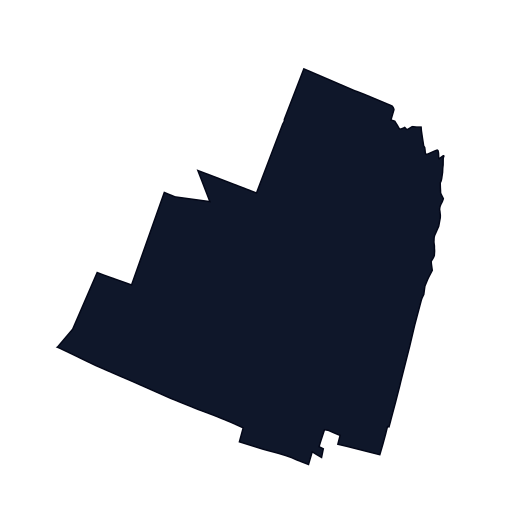 Draghiceni, Olt, Romania (Natural Earth projection), rotated 282°
{"feature_id": "2599482B25655754633990", "entity_name": "Draghiceni", "entity_type": "district", "adm_level": 2, "iso_a3": "ROU", "parent_name": "Romania", "parent_adm1": "Olt", "projection": "natural_earth1", "projection_center": [24.263, 44.139], "detail": "fine", "context": "isolated", "style": "filled", "palette": "ink", "viewbox_px": 512, "rotation_deg": 282, "n_neighbors": 0, "source": "geoboundaries", "source_scale": "gbopen_adm2", "svg_char_len": 2401}
<svg xmlns="http://www.w3.org/2000/svg" viewBox="0 0 512 512"><g transform="rotate(282 256 256)"><path d="M308.6,426.8L310.9,426.4L312.8,426.4L314.1,426.6L315.3,426.9L318.7,427.6L323.0,428.5L324.5,428.5L326.9,428.4L331.0,428.3L332.3,428.2L334.3,427.8L335.7,427.3L337.6,426.7L339.7,425.9L340.5,425.8L342.2,425.7L343.4,425.8L345.0,426.1L347.9,426.9L350.0,427.2L350.8,427.3L351.1,427.3L352.8,425.9L355.2,424.0L356.2,423.4L358.3,422.9L360.5,422.3L363.3,421.6L365.9,421.0L367.6,421.4L368.7,421.5L370.5,421.5L376.6,421.1L380.8,420.4L383.9,420.1L389.9,418.9L391.2,418.8L392.0,418.9L392.7,419.0L393.1,418.7L393.0,418.3L389.2,414.9L389.7,414.4L391.6,413.9L394.0,413.3L395.2,412.9L396.9,412.1L397.3,411.2L395.9,409.0L391.4,402.8L390.8,401.6L391.0,400.9L392.2,400.1L395.1,399.2L397.1,398.5L398.7,397.0L399.9,396.6L406.5,394.1L413.0,391.7L416.4,390.7L416.1,389.1L415.5,386.3L415.1,382.4L415.0,381.9L413.5,380.3L411.5,378.2L411.2,377.5L411.2,376.8L412.2,375.5L412.7,374.7L412.0,373.9L410.4,371.5L410.1,370.3L410.3,369.7L411.8,368.3L413.2,367.1L414.8,365.5L416.7,363.7L417.1,359.7L427.7,360.5L428.3,360.3L429.8,359.3L431.0,357.9L436.7,328.0L437.9,320.6L438.1,318.7L438.3,317.5L449.0,263.9L395.4,255.3L394.9,255.5L393.6,255.6L390.5,254.7L317.8,243.4L317.9,242.2L324.0,204.0L327.5,181.4L319.4,186.7L299.6,199.6L297.0,164.5L297.9,159.8L297.9,159.4L299.1,153.1L249.8,146.6L201.8,140.3L205.7,110.9L206.8,104.1L146.3,91.9L130.5,83.4L125.8,80.9L125.5,80.6L125.1,82.8L123.5,89.5L121.6,97.4L119.3,106.6L117.7,113.1L115.5,122.2L112.7,135.9L109.8,150.2L108.4,157.5L99.0,202.2L93.9,231.1L91.4,248.0L88.1,266.3L85.4,278.6L85.2,279.2L70.8,278.4L68.5,302.8L68.2,307.9L67.9,314.2L67.6,319.5L67.0,326.4L66.2,332.8L65.0,338.3L63.0,350.7L64.5,350.8L76.2,351.7L74.5,356.3L72.6,362.0L81.4,361.9L82.6,357.3L87.3,357.7L100.3,359.1L100.4,360.5L100.5,363.1L99.4,368.3L98.4,373.4L98.2,374.6L98.1,375.6L88.9,375.2L88.7,384.5L87.9,404.9L87.4,418.4L98.0,419.2L103.4,419.5L108.7,419.8L115.1,420.0L116.5,420.1L116.5,420.9L116.5,421.6L121.7,421.9L124.6,422.0L142.0,422.9L159.0,423.6L163.6,423.7L199.7,425.1L221.7,425.6L247.7,426.9L249.7,427.2L252.5,427.9L253.3,428.1L261.1,427.5L261.9,427.5L269.4,428.9L272.2,429.6L278.6,431.4L284.7,429.2L287.0,428.5L287.3,428.5L290.8,429.7L292.3,430.1L293.6,430.3L297.7,429.7L299.0,429.4L300.3,429.0L303.0,428.4L304.9,427.7L306.7,427.1L308.6,426.8Z" fill="#0f172a" stroke="#020617" stroke-width="1.5"/></g></svg>